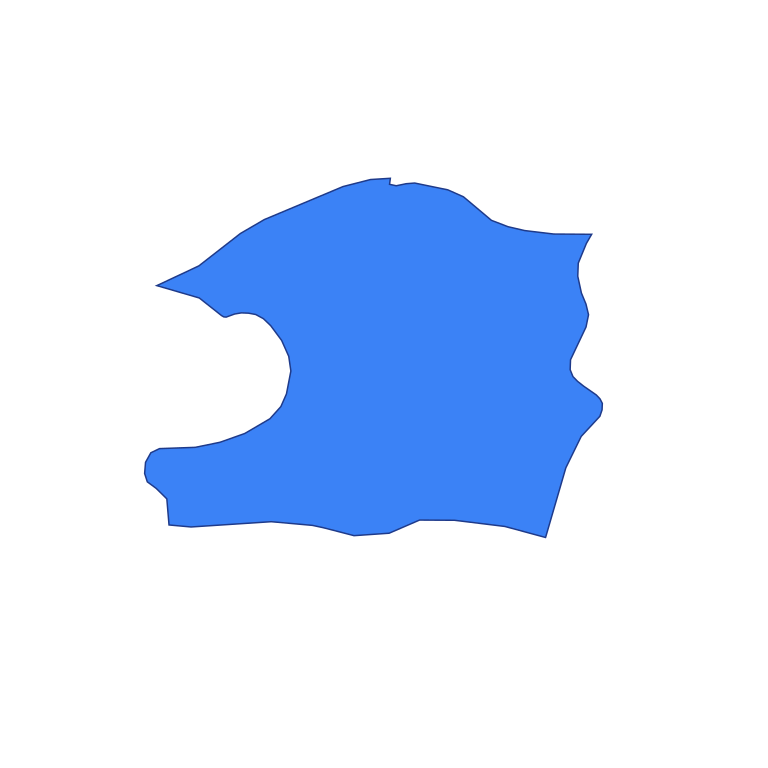 an SVG outline of Vĩnh Long, rotated 320°
{"feature_id": "VNM-510", "entity_name": "Vĩnh Long", "entity_type": "Province", "adm_level": 1, "iso_a3": "VNM", "parent_name": "Vietnam", "parent_adm1": "", "projection": "natural_earth1", "projection_center": [105.979, 10.095], "detail": "fine", "context": "isolated", "style": "filled", "palette": "blue", "viewbox_px": 768, "rotation_deg": 320, "n_neighbors": 0, "source": "natural_earth", "source_scale": "10m", "svg_char_len": 1095}
<svg xmlns="http://www.w3.org/2000/svg" viewBox="0 0 768 768"><g transform="rotate(320 384 384)"><path d="M409.1,605.4L385.0,570.8L350.4,533.7L323.8,511.1L292.0,501.6L263.4,480.8L263.2,480.4L245.0,454.9L238.3,446.3L209.1,417.0L144.3,369.5L128.7,353.8L143.8,332.4L142.4,317.6L139.8,306.8L143.1,298.7L151.0,290.7L161.2,286.8L170.5,289.2L198.7,311.2L220.9,323.2L245.5,332.4L274.3,337.3L290.5,335.0L302.9,328.9L321.0,314.2L328.8,301.6L333.6,284.8L334.7,266.5L333.6,256.4L330.4,248.3L325.7,242.6L320.4,237.8L314.6,234.4L306.1,231.3L304.4,229.6L303.5,227.1L297.8,199.4L273.2,162.6L318.1,174.5L370.7,176.4L398.0,181.1L479.5,206.4L505.1,218.7L521.1,230.5L516.6,234.6L520.8,240.0L529.7,244.8L536.7,249.8L557.7,276.3L565.2,291.7L571.5,327.7L580.1,343.2L590.4,356.9L610.5,378.3L639.3,402.8L629.4,406.4L610.5,416.3L601.7,426.0L593.7,441.2L590.1,452.6L585.2,462.4L575.4,470.2L542.5,485.3L535.8,492.7L533.5,499.8L534.0,506.5L535.6,514.2L539.6,528.9L539.9,534.3L538.8,539.2L534.4,544.0L528.6,547.5L501.4,550.9L469.4,565.1L409.3,605.3L409.1,605.4Z" fill="#3b82f6" stroke="#1e3a8a" stroke-width="1.5"/></g></svg>